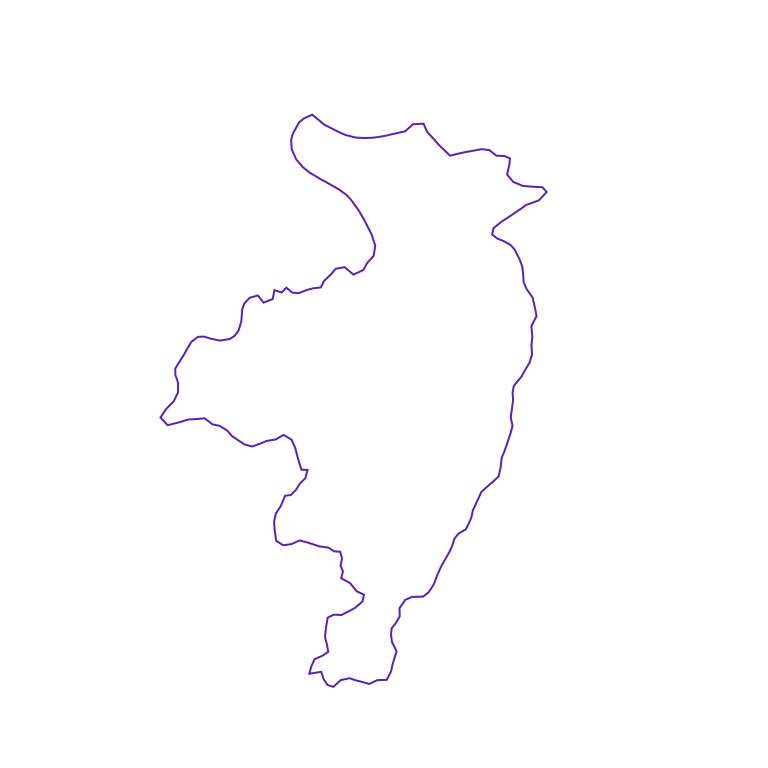 Santos, São Paulo, Brazil (Albers equal-area conic projection), rotated 159°
{"feature_id": "56859067B16208795434371", "entity_name": "Santos", "entity_type": "district", "adm_level": 2, "iso_a3": "BRA", "parent_name": "Brazil", "parent_adm1": "São Paulo", "projection": "albers", "projection_center": [-46.282, -23.865], "detail": "fine", "context": "isolated", "style": "outline", "palette": "violet", "viewbox_px": 768, "rotation_deg": 159, "n_neighbors": 0, "source": "geoboundaries", "source_scale": "gbopen_adm2", "svg_char_len": 2974}
<svg xmlns="http://www.w3.org/2000/svg" viewBox="0 0 768 768"><g transform="rotate(159 384 384)"><path d="M557.6,140.3L545.8,137.8L546.1,129.8L544.6,123.3L539.7,119.4L530.4,123.1L521.4,121.6L516.8,117.6L511.6,114.0L505.4,109.3L496.2,109.9L487.5,106.8L480.4,113.2L476.9,118.6L472.0,125.0L468.0,130.0L469.0,140.1L467.4,147.3L464.3,153.3L459.0,156.3L452.6,161.4L449.9,169.1L441.5,174.9L434.1,175.2L423.6,171.5L417.1,173.5L409.1,179.3L402.6,186.6L396.5,192.8L389.4,198.6L382.6,204.2L378.0,208.9L373.7,214.3L368.0,217.7L359.7,219.0L355.2,223.1L350.5,227.8L346.3,234.2L338.8,241.4L332.1,248.1L324.7,251.1L316.3,254.1L310.1,256.7L305.2,264.0L300.5,273.0L296.2,277.4L290.8,283.8L283.6,292.5L279.0,298.9L277.7,307.3L273.4,315.1L269.2,322.8L267.0,330.0L263.5,335.7L252.9,341.7L247.6,346.2L240.7,351.6L235.3,358.3L232.4,367.4L228.5,375.1L225.7,385.2L217.3,392.7L216.1,398.8L214.3,411.6L216.9,421.7L217.1,429.4L214.6,437.1L212.8,444.3L212.8,451.7L213.8,462.5L215.9,468.2L221.1,474.5L226.2,479.3L229.5,484.8L226.0,490.2L216.2,493.4L206.0,495.6L198.9,497.3L192.9,498.6L187.3,500.2L173.7,499.9L163.3,505.0L165.7,511.0L173.4,514.4L183.3,519.1L191.0,526.4L194.0,535.4L188.3,544.0L185.5,549.4L189.8,553.7L197.2,556.8L201.8,564.6L208.9,568.3L218.2,570.0L224.7,571.3L233.2,572.6L240.4,573.4L247.1,587.5L249.6,594.3L253.4,604.0L253.8,612.8L263.8,616.1L273.6,612.4L280.7,613.4L287.8,614.4L294.9,615.4L301.2,616.7L307.1,618.2L314.6,620.8L322.6,624.5L331.1,630.6L335.2,634.7L342.3,642.5L347.0,647.8L350.3,653.7L354.5,661.2L363.8,660.6L369.8,658.5L379.5,650.2L383.2,645.3L386.0,636.3L385.5,625.2L382.0,615.4L377.7,608.0L369.4,597.5L363.2,590.2L356.2,581.6L351.3,574.0L348.8,567.9L345.3,554.7L343.6,543.7L342.0,528.5L342.6,516.2L347.8,507.3L356.2,503.1L362.3,497.9L373.3,497.1L378.9,507.2L387.9,508.9L393.8,505.5L403.0,501.8L408.5,496.8L416.2,498.8L422.3,499.4L431.0,499.4L436.9,502.2L440.6,508.9L446.7,506.1L452.6,510.9L457.5,503.2L467.3,503.2L470.1,511.9L478.5,512.6L485.6,509.2L489.8,504.2L494.7,493.7L500.4,486.3L505.9,482.6L511.8,481.3L521.6,483.3L529.5,488.4L535.1,492.8L540.9,494.7L548.7,492.4L555.5,487.1L560.0,483.3L573.4,473.2L575.5,467.2L575.8,459.0L579.1,450.2L586.4,443.3L596.2,438.8L604.7,432.8L600.8,423.1L588.8,421.6L579.9,421.1L570.9,418.3L563.8,416.3L558.6,407.8L552.5,403.9L547.1,396.8L544.5,389.7L540.4,383.9L535.8,377.5L529.4,372.9L521.1,372.7L514.0,372.9L505.0,371.0L496.0,372.5L490.2,365.0L489.8,356.2L490.8,347.1L491.4,339.7L491.8,333.6L486.2,331.2L491.1,324.3L498.3,321.1L504.0,316.8L510.9,313.8L516.4,315.1L523.9,307.3L531.5,301.7L535.9,295.0L538.6,286.2L540.8,276.1L535.9,269.6L527.8,267.7L518.8,268.2L511.9,263.2L502.3,255.4L494.8,251.4L490.5,245.7L485.0,243.0L485.7,236.0L489.6,230.2L489.6,223.5L493.6,218.0L487.1,210.4L483.8,200.3L478.2,194.5L482.0,188.7L491.1,185.4L499.2,184.3L506.6,183.6L513.3,186.6L520.2,186.1L525.1,178.0L529.7,169.2L530.7,161.0L532.0,153.9L538.7,152.4L547.4,152.0L552.9,146.6L557.6,140.3Z" fill="none" stroke="#5b21b6" stroke-width="2"/></g></svg>